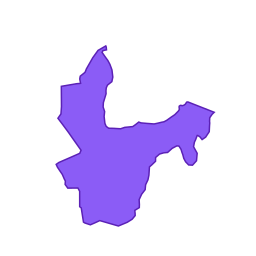 Uzo-Uwani, Enugu, Nigeria (Albers equal-area conic projection), rotated 152°
{"feature_id": "59680162B64770944232121", "entity_name": "Uzo-Uwani", "entity_type": "district", "adm_level": 2, "iso_a3": "NGA", "parent_name": "Nigeria", "parent_adm1": "Enugu", "projection": "albers", "projection_center": [7.09, 6.683], "detail": "fine", "context": "isolated", "style": "filled", "palette": "violet", "viewbox_px": 256, "rotation_deg": 152, "n_neighbors": 0, "source": "geoboundaries", "source_scale": "gbopen_adm2", "svg_char_len": 2009}
<svg xmlns="http://www.w3.org/2000/svg" viewBox="0 0 256 256"><g transform="rotate(152 128 128)"><path d="M172.9,45.1L167.2,45.5L165.2,46.3L162.8,47.3L161.7,49.5L161.3,50.6L160.6,52.1L155.4,52.4L153.9,55.0L151.8,59.5L147.1,63.1L141.8,65.5L139.1,69.6L134.7,72.9L131.7,76.5L127.3,83.6L124.6,84.2L119.3,85.7L117.5,89.0L113.2,90.0L112.5,90.2L108.1,89.3L104.5,87.8L98.6,89.3L96.7,89.3L93.3,89.3L91.5,88.1L91.2,84.2L91.8,81.2L92.1,78.9L93.0,75.0L93.0,71.1L91.8,66.9L88.5,64.9L82.9,66.9L82.0,68.3L78.8,73.2L78.9,80.7L76.0,84.3L74.3,85.6L73.7,86.0L73.2,86.5L72.5,87.1L72.4,87.2L70.4,88.9L69.9,88.6L68.7,86.6L68.0,83.0L63.7,83.5L58.0,86.6L54.9,91.8L53.5,94.0L52.8,95.7L51.0,98.7L47.3,100.6L44.5,101.4L62.9,122.9L64.1,123.3L66.2,122.1L67.8,121.9L69.3,122.1L70.0,122.5L70.6,123.2L71.4,123.4L72.6,123.2L73.3,122.0L73.9,120.3L75.6,119.3L80.4,117.8L85.0,117.3L90.2,116.6L93.3,116.6L95.6,117.3L99.5,118.3L103.0,119.3L108.7,122.9L113.5,126.0L114.1,126.4L115.7,128.2L119.5,127.5L123.1,127.0L130.6,130.1L134.9,130.8L139.0,133.3L140.6,134.3L145.2,136.9L146.5,139.7L146.2,143.0L145.0,146.0L143.6,149.6L143.4,149.8L140.9,153.5L140.1,158.2L137.8,162.0L131.3,168.5L130.0,171.2L128.3,173.7L127.9,174.0L126.0,175.5L120.5,176.5L117.5,180.1L114.9,186.8L114.1,192.6L114.1,196.9L114.9,202.8L115.1,204.6L115.4,206.9L113.8,208.1L110.3,207.1L109.2,209.7L109.1,210.9L118.0,210.6L126.1,206.6L137.0,199.7L139.1,197.9L140.0,197.3L145.8,196.2L146.8,195.0L147.6,193.9L148.1,192.3L148.9,189.7L149.8,190.0L150.9,190.5L152.2,191.1L167.3,196.1L176.7,178.1L180.6,171.9L185.3,169.5L185.1,168.2L185.0,167.7L184.8,166.3L184.7,165.6L184.6,165.1L184.1,162.0L183.0,154.7L182.6,151.9L181.6,143.7L179.9,130.4L182.5,128.3L190.9,128.9L205.0,130.0L205.3,130.0L208.5,129.6L208.7,126.5L208.3,122.4L207.8,117.8L208.2,112.8L208.2,110.6L210.0,107.7L209.4,103.2L200.4,98.5L200.4,94.8L207.6,81.2L207.3,80.5L207.1,80.1L206.8,79.4L211.5,65.8L210.7,64.4L206.7,60.2L201.7,59.8L196.4,59.5L182.5,46.0L172.9,45.1Z" fill="#8b5cf6" stroke="#5b21b6" stroke-width="1.5"/></g></svg>